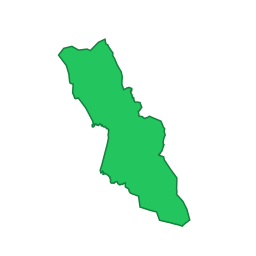 Tolga nor, Hedmark, Norway (Albers equal-area conic projection), rotated 22°
{"feature_id": "86288312B77330418137149", "entity_name": "Tolga nor", "entity_type": "district", "adm_level": 2, "iso_a3": "NOR", "parent_name": "Norway", "parent_adm1": "Hedmark", "projection": "albers", "projection_center": [11.024, 62.372], "detail": "fine", "context": "isolated", "style": "filled", "palette": "green", "viewbox_px": 256, "rotation_deg": 22, "n_neighbors": 0, "source": "geoboundaries", "source_scale": "gbopen_adm2", "svg_char_len": 5201}
<svg xmlns="http://www.w3.org/2000/svg" viewBox="0 0 256 256"><g transform="rotate(22 128 128)"><path d="M219.7,190.2L213.0,181.3L206.3,175.4L197.9,171.3L197.3,168.8L196.1,166.9L192.0,156.0L182.0,149.8L179.9,148.3L173.7,144.1L171.8,141.4L167.3,141.7L167.6,141.2L167.3,141.1L167.0,141.2L166.6,141.2L166.6,140.9L166.7,140.5L166.8,140.1L167.0,139.7L167.4,139.3L167.4,138.8L167.5,138.2L167.7,137.7L167.8,137.4L167.9,137.0L167.8,136.7L168.0,136.4L167.9,136.0L168.0,135.1L167.8,134.1L167.8,133.7L167.7,133.5L167.7,132.6L167.6,132.4L167.8,132.1L167.8,131.8L167.5,131.4L167.7,130.5L167.7,130.2L167.4,130.2L167.1,129.9L166.7,129.6L166.6,129.0L166.2,128.4L165.9,128.2L165.1,123.9L165.1,120.6L162.9,117.8L162.5,116.4L162.3,115.0L161.2,114.3L160.5,114.1L159.1,112.4L155.9,109.3L146.7,109.2L143.4,109.1L143.1,109.5L142.9,109.9L142.9,110.1L142.7,110.4L142.3,110.7L142.3,110.8L142.0,111.1L141.7,111.2L141.7,111.3L141.2,111.7L140.9,111.8L140.9,112.0L140.7,112.3L140.6,112.5L140.2,112.7L139.9,112.9L139.2,112.8L139.1,112.7L138.6,112.8L138.3,112.6L137.9,112.6L137.7,112.4L137.3,112.1L136.7,112.2L133.5,112.8L133.4,112.6L133.4,112.3L133.1,111.6L132.9,111.1L132.5,110.5L132.3,110.3L131.8,109.5L131.3,109.0L131.6,108.4L132.1,107.8L132.1,107.4L132.4,106.6L132.3,106.2L132.4,105.8L132.7,105.4L132.7,105.0L132.7,104.7L132.9,103.8L133.0,103.7L130.1,100.5L129.7,99.9L126.7,100.5L125.1,101.4L123.5,100.6L123.3,100.0L123.3,99.8L123.1,99.7L123.0,99.9L122.8,99.8L122.6,99.4L122.6,99.2L122.3,98.8L122.3,98.6L122.2,98.5L122.2,98.4L121.9,98.2L122.0,98.1L121.9,97.9L121.6,98.1L121.3,98.4L121.1,98.3L120.7,98.3L120.7,97.5L120.1,96.8L119.7,96.7L119.2,95.6L118.9,95.3L118.5,95.2L118.2,95.0L117.8,94.6L117.6,94.6L117.6,94.4L117.4,94.3L117.4,94.1L117.2,93.9L117.2,93.7L116.9,93.4L117.0,93.3L116.9,93.3L116.9,93.2L116.7,93.1L116.8,92.9L116.8,92.7L116.7,92.3L116.9,92.1L117.1,91.9L117.2,91.6L117.3,91.5L117.3,91.2L117.1,91.1L116.8,91.0L116.7,91.0L116.7,90.8L116.6,90.6L116.7,90.3L116.8,90.3L116.7,90.0L116.4,90.1L116.2,90.2L115.8,89.9L115.5,90.0L114.9,90.0L114.4,90.0L114.0,89.9L113.5,90.2L113.3,90.3L113.3,90.5L113.0,90.7L112.2,91.1L111.9,91.5L110.8,92.8L110.7,93.1L110.0,93.5L109.8,94.0L108.6,92.8L108.2,92.3L106.4,90.3L105.9,89.8L105.5,88.6L105.1,87.7L104.9,86.9L103.5,82.7L100.7,78.5L94.6,73.8L89.4,68.6L86.6,66.5L86.0,64.2L81.1,61.0L79.9,60.2L78.1,58.5L76.0,58.3L75.9,58.2L73.4,54.3L68.9,59.2L68.4,59.8L64.1,70.3L60.4,70.2L53.0,74.3L45.4,73.3L38.6,78.2L36.3,86.4L47.5,93.2L53.0,100.2L56.3,106.5L56.7,107.1L57.0,107.5L57.4,107.9L57.8,108.1L58.4,108.1L60.7,107.9L63.6,116.3L66.6,119.2L66.8,119.3L66.9,119.7L67.2,120.0L67.4,120.3L68.7,120.4L68.9,120.1L69.6,119.7L69.8,119.5L70.1,119.3L70.2,119.0L70.7,118.8L81.3,125.2L93.1,135.2L93.1,135.3L93.2,135.5L93.3,135.8L93.6,136.3L94.1,136.7L94.3,136.8L94.4,137.0L94.6,137.0L94.4,137.5L94.1,137.6L94.0,138.0L93.6,138.3L93.7,138.7L93.7,138.9L94.0,139.2L94.1,139.7L94.3,140.0L94.6,140.3L94.9,140.1L95.2,140.1L95.6,139.8L95.7,139.6L96.2,138.1L95.6,137.6L96.4,136.8L96.4,136.6L96.6,136.5L96.5,136.4L96.6,136.2L96.9,136.2L97.4,136.6L97.6,136.5L97.8,136.6L97.9,136.9L98.0,136.9L98.2,136.7L98.5,136.8L98.7,136.7L99.0,136.4L99.4,136.4L99.4,136.5L99.4,136.8L99.5,136.8L99.6,136.7L99.9,136.3L99.9,136.1L99.7,136.1L99.8,135.8L99.9,135.4L100.3,134.7L100.7,134.9L101.1,134.7L101.5,134.8L101.7,135.0L101.9,135.3L102.0,135.6L102.2,135.9L102.4,136.0L102.7,135.8L102.8,135.7L102.9,135.4L103.0,135.1L103.3,135.5L103.5,135.6L103.7,135.9L104.2,135.8L104.7,136.1L104.9,136.0L105.0,135.9L105.4,135.9L105.7,135.6L105.9,135.6L106.1,135.4L106.2,135.5L106.3,135.7L106.5,135.7L106.8,135.8L107.1,135.8L107.6,136.2L108.6,136.3L108.8,136.5L109.0,136.3L109.2,136.2L109.8,136.3L110.0,136.5L110.4,136.8L110.4,137.0L110.6,137.0L110.9,137.1L112.0,141.0L112.0,141.6L113.6,144.3L114.7,150.1L117.6,172.0L117.9,176.2L118.0,177.5L119.6,179.8L120.2,179.6L120.6,177.6L121.3,178.0L121.7,178.3L121.9,178.6L121.8,178.8L122.0,178.9L122.0,179.2L122.1,179.3L122.0,179.5L122.1,179.8L122.1,180.0L122.1,180.3L122.3,180.3L122.6,180.1L122.9,179.6L123.2,179.6L123.3,179.3L123.3,179.0L123.4,178.8L123.7,178.9L124.0,178.7L124.6,178.9L124.9,179.1L125.2,179.1L125.7,178.9L126.6,179.1L126.8,179.2L127.0,179.4L127.5,179.5L127.8,179.5L128.0,179.6L128.1,179.8L128.7,180.0L129.0,180.3L129.5,180.1L129.9,180.3L130.0,181.1L130.1,181.5L130.9,182.1L131.3,182.5L131.4,183.2L131.4,183.3L131.8,184.4L133.1,185.4L133.3,185.3L133.7,185.0L133.9,184.9L134.5,184.8L134.8,184.7L135.1,184.7L135.3,184.6L135.5,184.3L135.8,184.3L135.8,184.2L135.8,183.9L135.9,183.7L136.2,183.4L136.4,183.2L136.4,182.9L136.5,182.8L136.8,182.5L137.1,182.3L137.3,182.1L137.5,182.0L137.8,182.1L138.1,182.1L138.3,182.0L138.6,182.4L138.8,182.4L138.9,182.7L139.0,182.9L139.6,183.4L140.3,183.6L140.8,183.8L141.0,183.7L141.4,183.8L141.6,183.6L141.8,183.7L142.4,183.3L142.6,182.9L142.9,182.7L143.2,182.5L143.3,182.4L143.6,182.4L143.9,182.2L144.2,182.1L144.3,181.8L144.7,181.4L144.6,181.1L145.0,180.9L145.6,180.6L145.7,180.4L146.1,180.0L147.6,183.6L151.4,184.3L153.1,186.5L154.9,187.5L163.3,187.2L168.8,196.8L179.7,196.0L186.0,195.1L191.8,201.7L200.4,200.4L201.9,200.1L207.4,199.5L210.3,199.0L215.2,198.6L215.4,197.7L217.1,194.4L219.7,190.2Z" fill="#22c55e" stroke="#15803d" stroke-width="1.5"/></g></svg>